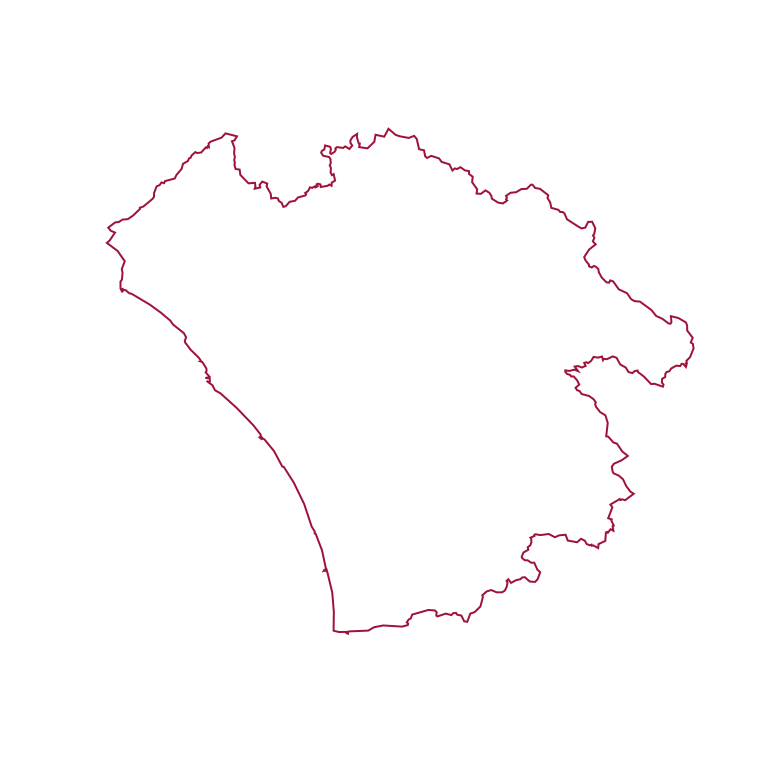 outline of Abruzzo, Pescara, Italy, rotated 190°
{"feature_id": "23120603B60396852211", "entity_name": "Abruzzo", "entity_type": "district", "adm_level": 2, "iso_a3": "ITA", "parent_name": "Italy", "parent_adm1": "Pescara", "projection": "robinson", "projection_center": [14.015, 42.289], "detail": "fine", "context": "isolated", "style": "outline", "palette": "rose", "viewbox_px": 768, "rotation_deg": 190, "n_neighbors": 0, "source": "geoboundaries", "source_scale": "gbopen_adm2", "svg_char_len": 6149}
<svg xmlns="http://www.w3.org/2000/svg" viewBox="0 0 768 768"><g transform="rotate(190 384 384)"><path d="M200.9,215.3L198.8,218.4L197.5,225.8L200.7,227.8L205.0,234.1L208.2,233.6L211.9,235.3L214.7,234.9L217.9,236.6L218.4,237.9L217.4,242.3L213.1,245.8L214.1,248.2L211.9,250.6L211.4,253.7L212.1,257.2L213.1,258.1L209.5,260.4L209.9,261.1L208.9,262.3L203.5,262.4L195.8,264.9L189.1,262.8L185.1,265.4L179.0,267.1L175.8,261.7L166.4,261.7L163.0,265.8L159.0,264.5L156.6,261.6L153.4,260.9L151.8,261.8L151.3,260.8L150.0,261.4L144.6,259.6L144.9,263.6L138.8,267.9L139.7,276.3L138.6,277.1L137.7,276.4L135.7,280.3L132.6,279.3L134.2,283.7L133.1,284.5L136.3,288.8L136.2,290.2L139.9,290.7L137.7,302.2L140.1,304.6L131.8,311.7L131.1,310.8L129.2,311.8L126.4,311.4L119.0,319.3L122.7,320.8L127.7,325.5L132.1,331.7L137.0,334.6L142.4,335.9L143.6,337.4L145.3,342.1L143.7,345.4L136.9,350.0L131.4,355.5L137.6,358.9L144.2,365.7L147.9,366.2L154.0,371.1L156.1,371.1L156.9,384.5L160.5,391.6L166.2,393.8L171.1,398.2L172.6,400.7L172.2,402.6L174.8,405.3L179.9,407.8L187.6,408.4L190.0,410.9L192.9,411.5L194.7,413.5L191.6,417.4L194.5,421.2L198.5,424.4L200.9,423.9L202.3,425.3L205.4,425.7L207.7,427.6L207.8,428.9L203.6,429.1L199.0,431.2L195.1,430.4L199.2,434.3L195.9,435.4L192.1,434.6L188.6,436.8L190.5,439.5L188.5,440.6L186.6,440.0L184.0,442.8L182.3,447.1L177.9,447.1L174.1,448.9L172.5,445.5L171.9,447.0L168.9,447.1L163.4,450.9L159.5,450.2L154.8,444.3L148.8,442.2L145.3,438.2L141.2,437.9L139.5,440.2L136.6,441.3L136.0,439.9L129.2,436.4L121.0,430.3L117.6,431.2L108.9,429.8L108.6,431.9L110.6,433.7L111.0,437.4L108.3,439.7L108.7,442.9L107.9,444.8L105.2,446.1L103.9,449.1L99.4,452.8L95.4,453.1L94.4,455.6L92.6,455.6L89.6,453.2L89.4,455.7L90.3,456.7L89.4,457.2L90.2,459.4L87.3,463.4L85.3,472.8L86.7,477.0L89.1,478.2L88.0,483.1L94.7,489.3L95.6,494.2L97.4,497.1L105.6,500.1L113.2,500.6L111.7,494.8L112.3,493.1L114.5,493.1L121.0,496.5L127.8,498.3L133.5,503.3L146.3,509.6L151.7,509.1L155.4,510.5L160.4,515.6L169.2,518.0L176.1,524.8L179.2,525.3L179.8,523.0L182.5,522.7L188.1,526.7L191.9,531.4L192.9,534.5L195.8,536.3L197.8,536.7L199.6,534.8L202.5,535.5L203.0,537.2L206.9,540.6L208.9,543.8L205.3,552.1L199.8,558.3L203.1,560.8L202.2,564.6L204.0,566.6L203.0,568.1L203.0,574.1L207.2,579.9L211.1,579.1L212.9,573.0L216.4,571.5L219.9,572.7L232.4,578.0L235.8,583.2L237.8,584.4L240.3,584.0L242.5,585.8L249.8,586.5L251.9,591.8L255.3,595.5L255.0,598.4L264.3,603.3L269.2,603.3L272.4,606.1L273.9,605.8L277.2,601.1L282.6,599.8L287.2,595.8L292.6,594.3L296.5,590.4L295.3,588.8L295.8,587.1L294.6,586.1L298.2,582.5L303.0,582.4L310.1,585.3L310.7,587.6L313.4,590.6L317.7,592.3L321.6,588.1L325.9,587.6L326.1,592.0L332.3,598.1L332.6,603.5L336.7,605.6L337.2,608.4L341.3,608.4L346.4,610.8L349.4,608.4L351.7,608.6L353.7,606.1L357.7,611.7L365.8,612.7L368.9,615.7L377.1,616.9L380.8,614.1L382.9,615.3L385.2,621.1L390.2,621.3L394.3,631.0L397.4,633.6L402.4,630.6L411.2,630.7L415.7,631.3L423.9,636.1L426.7,627.6L435.6,628.0L435.6,620.8L441.2,613.2L449.6,613.0L449.6,616.5L450.6,616.4L453.5,622.2L453.9,625.6L457.8,621.9L459.4,617.9L459.0,615.8L456.7,613.3L458.9,609.4L463.4,611.3L465.2,609.4L471.4,609.1L472.8,607.6L472.2,606.1L473.0,604.0L475.8,601.4L477.1,602.0L477.1,606.4L478.2,608.2L483.4,608.7L483.5,604.7L485.7,602.7L486.0,600.8L483.5,598.2L477.5,598.0L475.7,596.1L474.8,592.1L475.4,589.9L473.8,587.6L473.3,583.0L471.5,580.6L470.0,581.9L467.5,575.8L470.4,573.2L470.1,570.1L472.6,570.9L473.8,569.5L480.5,567.0L481.2,569.5L483.7,569.8L484.9,569.0L483.6,567.3L485.7,565.7L486.2,566.8L488.8,564.7L491.0,564.9L492.4,560.7L494.8,558.4L493.6,557.5L494.0,556.1L501.1,552.8L503.4,549.0L508.6,547.0L511.6,542.1L513.9,541.0L516.3,544.7L519.4,546.0L520.6,548.3L523.5,548.5L527.3,547.1L528.6,551.7L533.9,558.2L533.8,561.1L539.0,562.2L541.1,558.5L540.0,556.1L545.2,553.9L544.9,556.1L546.0,559.7L552.3,558.1L561.8,565.0L563.4,570.1L567.5,570.0L569.4,573.9L569.2,575.9L570.4,578.4L570.3,581.9L571.6,584.7L572.2,590.5L575.9,596.7L573.6,597.9L571.8,602.4L583.6,603.3L586.8,598.4L596.9,592.5L598.5,590.4L597.6,586.8L598.9,587.4L599.4,585.7L600.5,586.1L604.3,580.2L608.2,579.0L610.1,579.6L613.2,575.6L613.7,573.3L615.2,572.3L615.8,569.6L620.2,565.9L620.6,560.9L624.7,553.8L625.8,550.0L634.9,545.8L635.4,543.6L638.1,543.9L639.5,541.0L642.3,539.0L643.6,532.0L643.0,528.4L644.1,526.1L651.8,517.0L655.0,515.2L654.7,514.1L660.3,506.4L665.0,501.8L669.9,500.6L673.3,497.5L676.9,496.4L682.7,490.1L679.7,487.5L675.2,486.4L679.1,477.7L681.4,474.8L669.5,468.8L660.6,459.9L662.2,451.7L660.8,448.2L660.2,441.3L661.3,439.2L660.1,432.4L658.4,430.0L659.2,431.6L657.9,432.3L657.3,431.2L658.6,429.0L657.6,429.7L657.2,430.8L657.2,431.5L654.6,431.5L650.4,429.0L648.5,429.1L628.4,421.5L616.5,415.7L605.4,409.3L602.2,406.0L589.9,399.3L587.0,395.6L587.7,391.9L587.0,390.3L580.4,384.2L570.8,377.6L568.2,374.9L568.9,374.4L566.7,374.1L561.6,368.4L561.0,366.1L561.7,364.6L557.3,361.0L557.4,360.1L559.7,359.5L560.9,358.9L557.6,359.2L558.0,359.8L556.8,360.3L555.9,356.2L556.6,355.6L555.8,355.2L559.2,356.2L552.6,352.9L549.4,348.5L543.4,346.4L525.0,334.9L505.3,320.5L496.9,312.9L496.0,311.2L496.9,310.3L496.7,310.3L496.2,309.8L495.9,309.6L495.9,311.0L494.5,309.4L495.4,308.9L497.5,310.4L496.7,309.4L494.9,308.5L493.9,309.4L491.9,308.5L480.5,298.7L469.8,285.0L468.3,285.0L455.7,271.2L441.7,251.8L430.4,230.9L426.7,226.9L426.3,224.8L425.4,224.8L416.2,209.5L409.3,192.5L409.1,191.5L410.6,190.4L410.8,189.7L408.4,191.4L407.8,190.1L409.7,190.2L410.1,189.8L407.9,189.8L406.9,188.4L398.7,169.5L393.8,150.7L390.8,132.3L385.4,131.9L377.2,133.5L377.6,132.1L376.1,131.9L376.4,133.3L375.4,134.3L356.7,138.4L351.6,142.7L342.8,146.1L324.1,148.2L318.7,150.7L318.6,152.3L320.2,153.2L318.9,156.2L317.0,157.7L316.2,161.8L301.0,169.2L294.5,169.8L292.5,168.4L292.3,165.0L291.0,164.4L283.3,168.6L277.5,168.1L276.1,170.3L273.4,171.1L271.8,169.5L267.6,169.4L263.8,164.2L260.7,164.3L259.1,172.9L255.1,175.1L250.4,181.7L249.6,191.3L250.5,193.0L246.8,197.6L242.6,199.7L236.9,198.4L231.4,199.4L229.1,201.6L227.9,205.8L227.9,209.9L229.1,211.3L227.7,213.3L224.4,210.2L219.6,213.9L215.8,215.4L214.4,217.4L211.8,218.2L206.2,214.8L200.9,215.3Z" fill="none" stroke="#9f1239" stroke-width="2"/></g></svg>